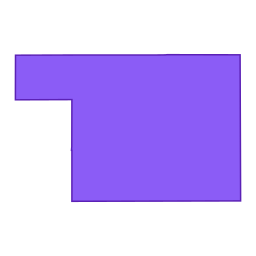 the district of Boundary, Idaho, United States of America
{"feature_id": "52423323B63721358154647", "entity_name": "Boundary", "entity_type": "district", "adm_level": 2, "iso_a3": "USA", "parent_name": "United States of America", "parent_adm1": "Idaho", "projection": "equal_earth", "projection_center": [-116.64, 48.751], "detail": "fine", "context": "isolated", "style": "filled", "palette": "violet", "viewbox_px": 256, "rotation_deg": 0, "n_neighbors": 0, "source": "geoboundaries", "source_scale": "gbopen_adm2", "svg_char_len": 304}
<svg xmlns="http://www.w3.org/2000/svg" viewBox="0 0 256 256"><path d="M15.5,55.2L15.4,91.6L15.4,99.8L71.9,99.6L71.8,146.7L71.5,150.3L71.9,150.3L71.9,201.3L240.6,200.9L240.6,197.0L240.1,54.8L167.0,54.7L165.4,54.9L155.9,55.0L78.3,55.0L15.5,55.2Z" fill="#8b5cf6" stroke="#5b21b6" stroke-width="1.5"/></svg>